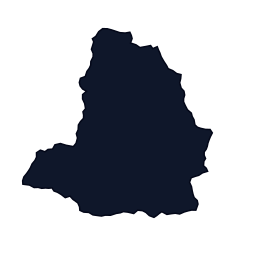 Santa Bárbara do Tugúrio, Minas Gerais, Brazil, rotated 285°
{"feature_id": "56859067B74973065797584", "entity_name": "Santa Bárbara do Tugúrio", "entity_type": "district", "adm_level": 2, "iso_a3": "BRA", "parent_name": "Brazil", "parent_adm1": "Minas Gerais", "projection": "albers", "projection_center": [-43.531, -21.243], "detail": "fine", "context": "isolated", "style": "filled", "palette": "ink", "viewbox_px": 256, "rotation_deg": 285, "n_neighbors": 0, "source": "geoboundaries", "source_scale": "gbopen_adm2", "svg_char_len": 1950}
<svg xmlns="http://www.w3.org/2000/svg" viewBox="0 0 256 256"><g transform="rotate(285 128 128)"><path d="M66.2,214.8L72.6,215.3L75.9,213.6L77.9,209.9L80.7,208.0L84.1,206.2L87.8,204.5L91.5,201.5L96.3,201.9L99.0,205.9L100.6,208.6L104.0,211.6L106.8,216.1L109.4,214.0L111.1,210.7L115.5,209.9L118.6,210.8L121.4,208.6L124.6,207.8L127.7,209.0L130.8,209.3L134.2,209.1L137.7,209.4L140.9,209.8L145.1,210.7L147.8,207.7L146.7,203.2L146.5,198.2L146.7,194.9L148.4,191.8L153.1,189.6L155.8,187.0L158.8,185.3L161.0,180.7L164.7,177.3L167.7,174.9L170.7,174.1L174.5,174.2L178.1,172.5L180.3,169.0L185.1,166.2L189.3,166.1L193.3,165.4L193.2,160.9L195.0,156.4L195.7,151.4L198.3,149.1L201.6,145.4L205.4,141.6L208.8,139.3L211.3,137.2L214.1,135.2L211.1,131.4L213.5,128.5L211.3,124.1L208.8,118.7L210.4,114.2L210.8,108.4L215.5,108.8L218.3,107.2L221.0,105.0L219.0,100.7L218.0,95.5L218.3,90.4L218.5,86.7L218.5,82.4L217.4,77.8L213.5,74.8L208.2,73.2L205.0,70.5L202.4,72.6L198.6,72.5L194.6,72.3L191.0,75.1L187.6,75.9L182.7,74.9L179.0,75.7L175.6,75.1L172.1,73.7L166.7,73.4L163.7,69.2L159.4,69.2L156.3,70.9L153.9,74.1L152.8,78.4L148.6,75.5L144.3,76.6L140.5,79.8L135.7,82.0L132.0,80.3L129.0,81.8L125.8,82.5L122.0,80.5L118.1,79.3L113.4,80.3L109.1,79.6L105.3,81.8L99.8,81.8L95.9,80.0L95.3,72.7L95.5,66.7L92.9,61.8L88.1,60.6L86.6,56.3L83.6,53.9L83.9,49.1L80.4,46.0L76.2,47.2L72.5,46.5L68.6,44.7L64.1,44.0L61.1,43.1L57.8,41.9L53.8,40.1L49.7,39.9L46.5,41.0L47.4,47.6L46.2,52.7L47.4,56.6L47.4,60.2L48.7,63.8L49.3,67.0L50.5,70.1L48.0,72.8L47.7,76.5L46.5,80.7L44.5,85.4L47.2,89.6L44.8,93.3L42.7,98.9L39.3,101.6L36.0,102.8L35.3,107.0L36.3,112.0L35.0,116.6L35.5,120.6L36.1,125.2L37.9,128.5L39.2,133.7L42.5,138.8L44.1,142.5L46.0,145.1L46.7,149.6L46.9,155.7L51.1,158.6L51.9,163.4L51.1,167.2L48.9,171.3L48.4,176.2L50.9,178.4L53.6,180.3L55.9,182.3L54.6,187.9L56.4,191.9L57.9,195.7L58.3,200.1L61.5,204.1L63.6,207.6L65.2,210.7L66.2,214.8Z" fill="#0f172a" stroke="#020617" stroke-width="1.5"/></g></svg>